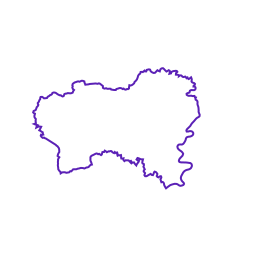 the district of Capão Alto, Santa Catarina, Brazil, rotated 231°
{"feature_id": "56859067B63554103523917", "entity_name": "Capão Alto", "entity_type": "district", "adm_level": 2, "iso_a3": "BRA", "parent_name": "Brazil", "parent_adm1": "Santa Catarina", "projection": "natural_earth1", "projection_center": [-50.626, -28.064], "detail": "fine", "context": "isolated", "style": "outline", "palette": "violet", "viewbox_px": 256, "rotation_deg": 231, "n_neighbors": 0, "source": "geoboundaries", "source_scale": "gbopen_adm2", "svg_char_len": 5861}
<svg xmlns="http://www.w3.org/2000/svg" viewBox="0 0 256 256"><g transform="rotate(231 128 128)"><path d="M109.0,200.0L110.0,199.4L111.1,199.8L111.7,199.0L112.3,198.1L113.3,197.5L114.7,195.5L115.8,194.8L116.8,194.5L117.7,195.0L117.7,196.0L116.9,198.1L118.0,199.6L117.7,201.0L115.8,203.2L115.6,204.5L116.2,205.4L117.1,206.0L118.2,205.9L119.0,205.0L119.6,205.7L119.5,207.0L120.1,207.8L121.2,207.7L122.1,207.1L123.1,206.6L124.1,206.6L124.9,207.4L125.7,208.2L126.6,208.6L127.7,208.9L127.7,207.5L127.8,206.0L128.8,205.7L129.8,206.0L129.9,204.8L131.1,205.0L132.0,204.8L132.5,203.4L133.5,202.6L134.6,202.6L135.4,202.4L136.1,201.6L136.2,200.1L136.9,200.8L138.1,200.1L139.3,198.8L140.4,199.8L140.6,201.7L141.6,201.8L142.3,201.2L143.7,199.0L144.0,197.9L144.3,196.7L143.4,195.8L144.1,194.3L144.7,195.1L145.2,195.9L146.2,196.4L147.3,196.0L147.4,194.7L147.7,193.4L150.4,193.1L151.2,193.1L152.5,192.8L153.2,191.5L153.2,190.1L152.7,189.3L152.0,188.3L153.3,187.6L154.4,187.2L153.9,183.8L154.5,182.7L155.6,182.0L156.9,181.5L158.2,181.4L159.4,181.9L160.4,181.2L161.4,179.1L160.5,177.8L161.3,176.8L162.2,176.9L162.2,175.8L162.1,174.7L162.9,174.1L163.6,173.1L162.6,171.7L162.7,170.1L162.1,168.5L161.3,167.5L160.6,166.3L160.1,165.4L159.7,163.4L159.7,162.2L158.9,160.9L158.8,159.4L158.9,158.0L159.4,156.7L160.4,156.0L158.9,154.3L158.1,153.6L158.2,152.5L158.9,151.8L159.2,150.4L160.4,149.5L161.4,149.4L161.7,148.3L162.6,148.1L163.7,147.4L164.4,146.5L164.9,145.1L165.6,143.5L165.2,142.4L166.3,141.1L168.5,139.1L169.4,139.2L170.0,138.6L170.7,137.6L171.6,136.5L172.7,136.0L173.3,134.6L174.1,134.1L175.0,133.8L176.4,134.9L180.0,134.1L181.0,133.5L181.4,132.3L183.1,130.7L183.6,129.9L186.2,126.1L187.0,124.4L187.9,123.1L188.5,122.1L189.7,122.5L190.8,122.8L191.7,123.4L192.6,122.9L193.3,122.4L194.0,121.5L194.2,120.5L194.5,119.4L195.4,118.8L195.9,118.1L196.6,116.1L197.0,115.1L197.1,112.9L196.2,111.6L195.3,111.4L194.5,110.2L193.0,109.7L191.5,110.0L191.1,108.5L190.3,107.3L190.7,105.9L191.3,104.9L192.2,104.0L193.0,103.2L193.4,102.0L194.0,101.1L194.4,100.0L193.9,99.1L193.3,98.0L193.7,97.0L194.8,96.5L195.7,96.4L196.3,95.6L197.4,95.0L198.7,94.5L199.9,94.2L200.9,93.9L201.8,93.2L202.5,92.4L202.8,91.3L202.3,90.5L202.1,89.4L202.6,88.4L202.5,87.1L202.8,85.3L202.3,83.9L203.2,82.4L203.9,81.4L205.2,81.2L206.3,80.8L207.1,79.6L206.5,78.6L205.6,77.8L205.4,76.6L204.5,75.2L204.2,73.6L203.5,73.1L202.4,72.9L201.8,71.6L201.6,70.1L200.8,68.9L200.1,67.6L200.3,66.5L200.6,65.4L199.8,64.1L198.5,64.2L197.7,64.7L197.0,63.9L196.3,62.8L195.1,62.1L194.1,62.0L193.2,62.1L192.3,61.4L191.7,60.6L190.7,60.1L189.6,59.3L190.2,57.6L189.0,58.2L187.9,59.1L187.0,59.6L186.8,58.1L186.0,57.0L185.7,58.4L185.3,59.7L183.6,61.3L183.2,60.5L182.5,59.0L182.0,57.6L181.0,58.1L179.5,58.5L178.3,59.0L177.5,58.4L176.2,58.0L176.7,56.8L177.5,56.2L176.9,55.3L175.3,55.2L173.9,55.6L173.4,56.7L172.5,56.9L171.6,57.5L160.3,61.3L159.3,61.3L158.3,61.7L155.9,61.6L154.6,61.0L152.6,59.5L152.1,58.0L151.5,56.9L150.6,55.7L149.5,55.9L148.5,56.2L148.1,54.8L147.4,53.6L146.6,53.1L145.7,52.1L144.3,51.2L143.3,50.1L140.8,48.6L139.9,47.9L138.7,47.7L137.3,47.7L136.5,47.9L135.1,47.1L134.9,49.0L134.2,50.0L133.3,51.1L132.0,51.9L131.2,53.3L130.6,54.4L130.8,56.0L130.0,56.7L130.4,59.4L128.5,61.8L128.0,63.4L127.5,64.2L127.0,65.4L126.6,66.3L125.1,67.9L124.1,68.5L123.7,69.5L123.5,70.8L122.9,71.7L122.5,72.8L122.7,73.9L122.9,75.6L122.3,76.9L124.2,77.7L125.2,78.0L126.1,78.2L127.0,78.8L127.9,79.6L128.7,80.2L129.3,81.1L129.3,82.4L128.7,85.0L128.5,86.1L128.1,87.4L127.2,88.1L126.4,88.3L126.1,89.3L123.9,90.0L123.9,91.0L124.7,92.0L125.4,93.0L124.4,94.3L125.0,95.7L123.9,96.1L122.5,96.3L122.1,98.2L121.5,98.8L121.1,99.9L120.4,100.6L119.2,100.6L118.2,100.9L117.2,101.4L117.6,102.6L116.2,102.8L115.9,104.1L114.9,103.9L114.1,102.9L113.0,102.5L112.7,103.8L111.9,104.3L111.4,105.5L110.3,104.9L109.5,104.1L108.5,103.6L107.8,104.4L107.3,105.4L106.6,104.6L105.7,104.3L104.5,104.4L104.5,105.7L103.4,107.0L102.4,108.1L100.9,108.2L100.6,109.6L99.8,109.5L99.3,108.3L98.4,108.4L98.4,109.6L97.5,111.0L96.3,110.8L94.9,110.8L93.7,110.9L94.3,111.9L94.5,113.1L94.9,114.1L95.1,115.2L95.9,116.1L96.8,115.1L98.1,114.8L98.7,116.5L97.8,117.2L95.6,118.3L94.2,119.9L93.2,118.6L92.4,117.5L91.4,117.0L89.9,117.6L88.8,116.7L88.2,115.6L86.5,115.3L85.3,115.0L85.1,113.6L84.3,112.8L83.1,112.9L82.2,112.9L81.1,111.1L79.8,111.0L79.1,111.7L78.7,112.8L78.6,114.0L78.4,115.1L78.1,116.7L76.6,116.9L75.7,117.7L76.4,119.2L77.2,120.3L77.3,121.3L76.0,122.0L74.0,122.0L73.3,121.3L72.6,120.1L71.3,120.1L70.4,120.7L70.5,121.9L69.9,123.2L68.8,123.0L68.2,122.2L67.8,121.0L66.8,120.6L65.7,120.1L64.8,119.8L64.4,120.8L63.6,121.2L62.4,121.1L61.4,120.5L60.5,120.1L59.4,119.9L58.4,119.7L57.2,119.6L57.2,121.5L57.1,123.2L57.0,124.9L56.4,126.6L55.8,128.0L55.2,129.2L54.5,130.0L53.8,130.7L52.7,131.2L51.3,131.6L50.2,132.2L49.6,133.2L49.2,134.1L48.9,135.2L49.3,136.4L50.4,136.8L52.0,136.6L53.4,136.6L54.5,136.9L55.3,137.2L56.2,137.9L57.1,139.1L58.7,142.9L59.0,144.8L58.8,146.2L58.5,147.2L57.6,149.1L57.3,150.1L57.2,151.5L57.7,152.8L58.3,153.8L59.2,154.4L60.2,154.7L61.5,154.4L64.1,152.0L65.2,150.8L66.2,149.6L67.1,148.5L68.0,147.5L69.2,146.6L70.4,146.8L71.3,148.0L71.7,149.1L72.2,153.0L73.2,154.6L74.5,154.9L75.8,154.8L76.8,154.6L77.6,154.3L78.5,154.1L79.5,153.9L80.8,153.9L81.8,154.3L82.6,154.8L83.1,155.9L83.1,157.0L82.4,158.2L81.2,159.5L80.9,160.9L81.2,162.3L81.9,164.2L82.6,165.5L83.4,166.4L83.8,167.7L83.5,168.8L83.0,169.8L82.3,170.8L81.9,171.9L81.7,173.0L81.8,174.1L82.3,175.0L83.2,175.6L84.2,175.7L85.1,175.5L86.1,174.8L86.9,173.7L87.4,172.5L88.3,171.4L89.2,171.7L89.8,172.6L90.0,173.6L90.2,176.1L90.4,177.7L91.0,179.3L91.4,180.7L91.8,183.8L92.1,185.2L92.4,187.0L92.4,188.4L92.1,189.7L92.1,190.9L93.1,192.0L96.1,193.0L97.1,193.9L99.2,195.4L100.5,196.1L101.8,196.5L103.0,197.1L104.4,198.4L105.3,198.8L106.3,198.8L107.4,198.4L108.4,198.8L109.0,200.0Z" fill="none" stroke="#5b21b6" stroke-width="2"/></g></svg>